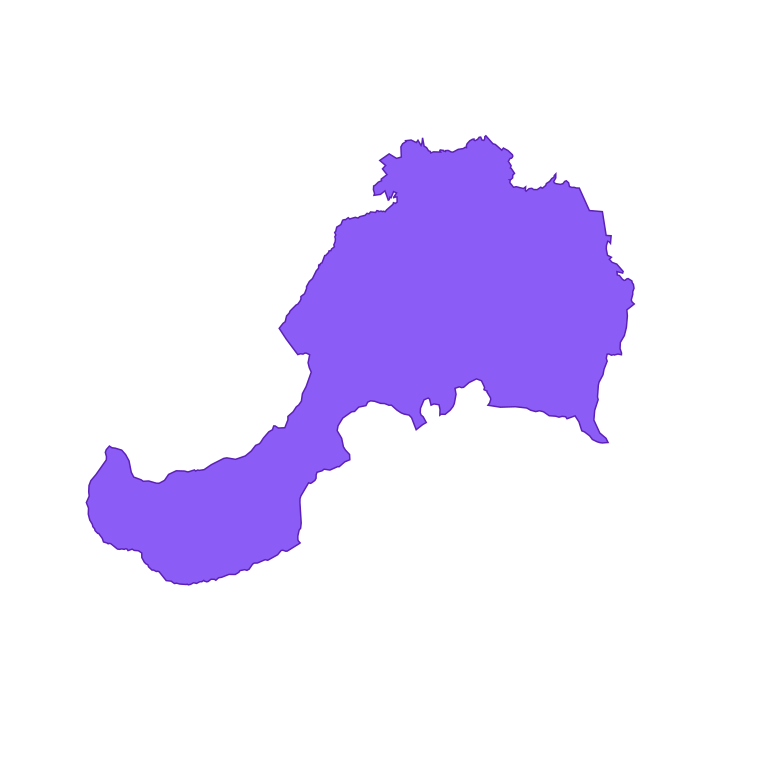 the district of Deda, Mures, Romania, rotated 114°
{"feature_id": "2599482B19753328402783", "entity_name": "Deda", "entity_type": "district", "adm_level": 2, "iso_a3": "ROU", "parent_name": "Romania", "parent_adm1": "Mures", "projection": "equal_earth", "projection_center": [24.914, 46.951], "detail": "fine", "context": "isolated", "style": "filled", "palette": "violet", "viewbox_px": 768, "rotation_deg": 114, "n_neighbors": 0, "source": "geoboundaries", "source_scale": "gbopen_adm2", "svg_char_len": 6171}
<svg xmlns="http://www.w3.org/2000/svg" viewBox="0 0 768 768"><g transform="rotate(114 384 384)"><path d="M559.8,610.8L563.2,608.0L566.3,606.8L583.9,610.3L591.6,612.5L596.7,612.2L602.6,609.9L606.3,607.7L613.4,607.7L617.5,603.5L623.2,601.2L627.9,597.5L630.8,593.4L632.8,591.9L634.0,589.4L635.5,588.3L636.9,584.8L636.6,583.8L639.6,578.6L642.4,576.0L641.9,572.5L642.2,571.0L641.5,570.5L641.0,568.7L643.2,560.4L642.6,558.3L641.3,556.5L640.7,554.0L639.5,552.9L639.3,551.8L640.3,550.1L637.3,546.9L637.6,544.5L636.2,540.5L636.9,536.6L641.1,534.6L644.2,530.6L645.1,528.4L645.2,526.2L646.8,524.7L648.4,520.2L647.7,518.9L647.9,515.7L647.1,514.5L647.0,513.0L652.2,503.0L650.7,498.4L651.5,494.3L650.3,492.4L649.8,489.2L647.6,483.1L646.9,482.5L647.1,481.1L645.7,479.2L643.0,477.1L642.4,474.1L639.6,471.9L638.7,470.0L636.7,468.8L637.1,468.1L636.8,465.4L635.8,464.2L632.7,462.6L631.4,459.5L631.7,457.8L628.3,456.3L626.6,453.7L621.0,448.2L618.5,442.4L615.0,440.0L613.1,439.7L610.3,435.8L610.0,433.4L608.0,431.9L602.1,430.8L600.4,429.8L599.0,426.8L592.9,421.2L592.3,418.5L583.2,411.7L578.0,410.3L577.0,408.9L576.7,405.7L576.0,404.4L563.7,396.1L563.3,396.0L562.1,398.6L561.0,399.5L557.9,400.9L551.9,402.1L549.7,401.5L544.7,403.1L526.5,412.6L522.9,414.1L520.0,414.4L504.9,412.7L504.7,410.8L504.0,410.1L500.2,407.9L497.8,407.7L494.7,409.0L491.9,409.3L488.5,405.3L486.2,404.1L484.6,398.4L478.4,392.8L477.8,391.3L471.1,388.2L467.1,384.4L462.4,386.8L460.0,392.4L457.9,395.5L450.8,400.6L445.7,407.8L440.8,409.0L431.9,407.8L422.6,402.3L421.0,399.7L415.4,397.7L411.1,391.7L407.2,391.5L404.8,389.4L403.6,385.5L403.1,379.3L401.6,375.4L401.4,370.9L400.3,368.6L402.6,361.5L403.4,356.6L403.3,353.4L402.2,348.5L403.6,345.1L412.7,336.0L405.3,332.1L402.0,329.7L398.0,334.9L397.2,337.6L395.3,339.3L391.3,340.8L382.2,341.0L378.9,338.0L379.2,336.3L384.2,332.4L381.9,330.3L380.6,325.3L384.6,322.4L389.8,320.3L388.3,319.4L386.8,315.8L381.0,312.9L376.6,311.8L373.3,311.8L364.1,314.0L359.1,317.4L355.9,314.0L355.8,311.8L354.6,309.9L348.1,306.9L341.7,301.6L341.4,296.3L346.1,290.8L348.5,290.4L348.6,286.9L349.4,286.7L353.3,281.1L354.7,280.2L358.3,279.8L361.1,280.4L357.9,268.4L351.3,254.7L347.9,243.9L348.3,239.4L347.5,234.2L345.2,231.1L344.5,227.0L345.8,220.2L343.6,214.1L343.1,210.6L341.1,208.1L340.0,204.8L341.3,202.7L335.4,196.5L339.3,190.5L346.3,184.3L346.2,181.4L347.7,175.0L349.9,171.1L350.1,165.8L349.7,162.7L349.0,160.5L346.3,155.5L343.3,159.1L341.0,166.9L331.6,177.6L322.4,180.8L311.2,182.0L309.0,183.7L297.9,187.7L294.9,188.3L286.5,187.7L281.0,189.0L272.4,189.4L270.1,191.4L266.0,192.3L265.1,190.7L265.2,188.0L263.8,186.2L263.8,185.3L261.5,182.5L260.7,179.0L259.1,179.6L255.6,182.8L249.8,185.0L242.0,184.1L233.6,185.6L222.7,189.4L217.5,192.3L209.1,187.9L208.2,190.7L206.7,192.3L200.9,193.2L198.5,194.3L194.9,194.5L191.5,196.7L190.6,198.3L189.0,199.5L188.4,203.9L189.4,205.1L191.1,205.8L191.7,206.9L191.3,208.9L189.1,213.1L189.5,215.2L186.6,216.9L185.6,211.1L183.9,211.3L179.8,220.1L180.1,225.1L178.4,228.9L175.7,227.8L175.5,232.2L170.2,235.9L167.1,237.1L162.6,237.7L162.5,236.1L163.4,234.3L156.2,236.8L157.9,241.5L137.7,254.6L142.0,266.9L125.6,285.3L126.7,288.0L127.0,290.4L128.0,292.3L128.2,294.9L125.1,297.2L124.2,300.1L125.4,301.3L128.2,302.0L129.9,304.0L131.1,308.6L130.9,310.3L130.0,311.3L125.9,310.9L122.2,312.5L124.2,313.2L126.0,312.9L128.1,314.3L131.6,315.1L134.8,317.2L136.9,317.0L140.8,319.0L140.4,320.8L144.1,323.1L145.5,326.4L145.1,328.5L146.5,330.9L150.1,332.6L149.7,333.6L146.3,334.8L148.7,336.1L150.0,343.5L151.6,345.7L148.8,351.0L146.7,351.5L146.4,352.3L146.0,351.4L143.4,350.3L140.8,351.3L138.5,350.4L135.3,355.4L135.3,356.4L132.8,356.7L130.0,361.0L126.5,360.5L125.9,359.4L124.9,359.0L123.4,359.0L122.3,360.0L120.3,365.7L119.9,370.9L122.5,371.5L119.9,379.7L120.2,382.3L115.8,391.9L117.0,392.5L119.2,391.7L120.9,391.9L121.3,393.6L119.1,396.1L119.9,397.4L122.4,398.0L124.6,399.7L124.7,400.7L123.6,401.4L124.5,402.8L127.0,404.6L130.6,405.8L132.6,405.7L134.5,404.8L134.7,406.1L136.7,407.4L139.5,411.7L144.1,415.3L144.7,416.9L144.5,420.4L145.7,422.6L146.6,422.4L146.9,424.2L146.4,424.6L147.3,427.8L148.2,427.9L149.1,426.6L151.8,433.2L153.9,435.3L152.7,436.4L152.8,438.2L150.7,441.3L150.4,444.1L143.4,448.9L148.4,447.3L151.0,447.2L147.5,452.1L150.3,452.7L150.1,458.4L152.9,463.2L153.4,462.4L157.0,464.7L160.5,465.0L169.6,460.5L172.8,464.3L171.7,472.9L181.5,478.8L183.7,471.4L188.1,472.9L191.5,466.4L198.0,469.9L199.3,468.9L201.9,471.3L206.0,472.9L207.3,474.0L210.8,472.7L213.7,470.2L215.7,469.9L212.2,464.3L207.1,461.7L214.3,454.9L213.6,454.3L210.9,454.6L211.0,453.3L204.3,453.5L204.3,450.2L209.4,451.2L209.8,450.8L208.3,449.7L208.6,449.5L207.9,448.2L212.4,446.0L214.3,447.0L214.5,449.1L216.2,448.9L224.0,452.5L226.1,452.9L226.4,454.8L227.1,455.5L227.2,457.0L228.6,459.0L228.2,459.9L228.5,461.0L230.7,461.5L232.3,466.3L234.5,466.8L235.0,468.9L237.6,469.9L241.0,474.2L243.0,475.2L243.4,478.0L247.2,482.5L246.6,484.3L249.7,486.1L250.0,487.2L251.2,488.4L255.9,488.2L259.9,491.0L264.1,490.2L265.6,490.7L267.5,488.6L269.5,488.8L271.2,487.4L273.9,486.5L277.3,486.4L278.8,485.1L282.0,486.8L283.8,486.8L284.8,488.4L286.2,488.1L290.2,489.5L290.8,490.4L298.4,489.9L299.7,490.9L301.6,491.0L301.4,491.8L302.0,492.0L304.8,490.9L308.1,491.9L316.8,492.2L320.7,493.9L326.6,494.4L328.1,493.6L333.8,493.3L337.9,495.5L340.2,494.4L342.3,494.4L346.1,495.2L347.5,496.4L355.6,499.5L357.7,499.4L361.4,500.7L367.3,499.6L369.7,500.9L375.8,502.4L382.8,491.5L392.2,474.7L390.4,472.7L389.6,470.1L387.9,468.8L387.4,467.3L387.5,463.8L395.5,462.0L399.6,458.8L402.7,455.3L418.0,454.1L426.0,454.6L433.3,452.5L438.0,453.4L440.5,454.8L446.3,455.7L452.7,458.6L455.8,457.2L464.3,456.8L467.2,462.6L466.6,466.5L467.2,467.7L471.1,467.3L474.6,469.8L482.6,472.2L487.8,473.0L489.4,473.6L492.3,476.3L499.2,478.0L506.1,481.4L513.2,489.0L515.4,497.5L517.1,500.1L527.9,508.9L535.4,513.5L538.1,517.7L538.3,519.1L540.2,520.8L539.6,522.2L544.1,527.3L544.7,530.9L547.8,538.5L554.2,544.0L561.3,545.3L566.1,549.0L567.2,551.6L568.3,559.5L570.8,564.4L570.3,566.9L570.8,574.8L567.4,579.0L557.9,585.7L553.6,591.3L551.1,596.7L551.9,603.3L552.9,606.6L552.4,609.6L556.9,611.0L559.8,610.8Z" fill="#8b5cf6" stroke="#5b21b6" stroke-width="1.5"/></g></svg>